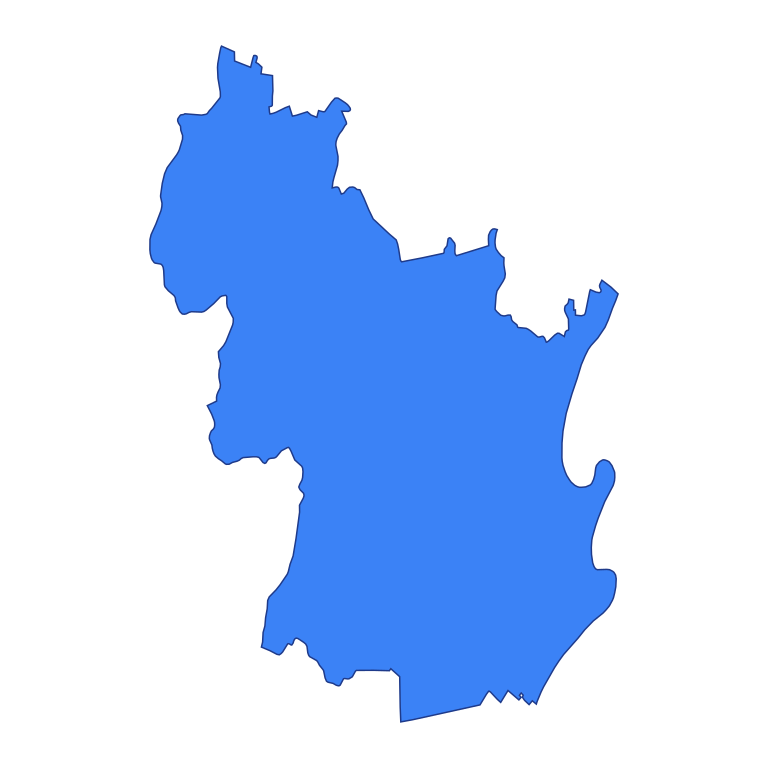 Vu Ban, Nam Định, Vietnam (Equal Earth projection)
{"feature_id": "81297802B77828019918781", "entity_name": "Vu Ban", "entity_type": "district", "adm_level": 2, "iso_a3": "VNM", "parent_name": "Vietnam", "parent_adm1": "Nam Định", "projection": "equal_earth", "projection_center": [106.09, 20.382], "detail": "fine", "context": "isolated", "style": "filled", "palette": "blue", "viewbox_px": 768, "rotation_deg": 0, "n_neighbors": 0, "source": "geoboundaries", "source_scale": "gbopen_adm2", "svg_char_len": 6104}
<svg xmlns="http://www.w3.org/2000/svg" viewBox="0 0 768 768"><path d="M175.6,300.9L178.0,307.7L179.3,310.6L180.3,312.1L182.3,314.0L184.5,314.2L186.3,313.8L189.0,312.4L191.4,311.7L201.6,312.1L203.9,311.5L206.1,310.1L213.7,303.6L220.3,296.8L222.2,295.9L225.8,295.3L226.3,295.8L226.8,296.8L226.8,303.4L227.4,307.0L233.3,318.3L233.2,322.3L232.6,325.0L225.9,341.7L223.6,345.6L218.4,351.7L218.8,357.4L220.5,363.6L220.2,366.9L219.2,370.1L218.9,374.4L219.0,377.6L220.4,384.7L220.1,387.9L218.0,392.1L216.9,395.0L216.5,397.4L216.6,401.1L207.3,405.6L211.7,414.2L214.2,420.7L214.6,422.5L214.7,425.0L214.4,427.3L213.3,429.1L211.4,430.9L210.5,432.7L209.5,435.7L209.3,438.4L209.6,439.8L211.9,445.0L212.3,448.3L213.0,451.1L214.0,453.8L215.4,456.1L218.4,458.7L221.6,460.8L225.2,463.8L226.3,464.3L229.2,464.2L232.5,462.4L237.1,461.2L239.3,460.2L241.1,458.6L243.1,457.6L252.9,456.8L256.5,456.8L258.6,457.3L259.3,457.8L263.0,462.5L264.8,463.4L266.0,462.8L267.5,460.3L268.9,458.9L270.2,458.4L274.2,458.0L275.7,457.4L276.8,456.4L281.4,450.8L287.2,447.7L288.5,447.4L289.5,448.3L291.1,451.3L294.8,460.0L301.7,466.2L302.6,468.0L303.0,471.7L302.6,477.5L301.9,480.3L299.8,484.2L298.8,487.0L299.5,488.7L300.3,490.0L303.5,493.2L303.9,494.4L304.0,495.9L303.3,498.1L299.5,505.2L299.6,512.1L296.0,538.7L293.1,556.0L290.1,564.2L288.3,571.7L287.3,574.2L280.0,584.9L276.1,589.8L269.3,596.8L267.7,600.4L267.2,608.9L265.6,617.7L264.9,626.0L263.1,632.5L262.6,642.1L261.4,647.1L269.8,650.6L276.9,654.3L279.3,654.8L281.2,653.5L282.7,651.9L287.6,644.0L288.0,643.7L289.2,643.8L291.2,645.0L291.8,645.0L293.2,642.9L293.6,641.3L294.6,639.1L296.1,638.1L297.9,638.5L303.8,642.4L305.7,644.0L307.0,646.4L307.8,652.8L308.6,655.1L309.6,656.6L316.7,660.6L317.9,662.2L319.5,665.3L322.9,669.5L323.6,670.6L325.1,677.9L326.5,681.2L328.0,682.2L333.1,683.4L336.2,685.2L338.3,685.8L339.3,685.7L340.2,685.1L343.5,678.8L344.5,678.5L347.7,678.9L349.0,678.8L352.3,676.8L355.5,671.1L356.4,670.4L373.6,670.3L389.4,670.7L390.8,668.7L399.7,676.7L400.2,707.2L400.8,721.9L412.3,719.8L480.0,704.9L486.5,694.1L488.6,691.3L489.0,691.1L490.5,692.0L497.4,699.4L500.7,702.4L508.0,690.5L518.9,699.9L521.1,697.3L519.4,695.3L521.2,693.0L523.2,695.2L522.4,697.2L524.6,700.4L529.1,704.6L532.3,700.8L536.3,704.1L537.1,701.5L541.1,691.9L543.6,686.8L554.5,667.7L558.9,661.0L563.6,654.5L577.9,638.3L584.8,629.7L593.3,620.9L603.1,613.0L606.2,609.7L609.4,605.8L612.4,600.3L613.5,597.6L614.7,592.8L615.8,586.8L616.2,578.8L615.6,575.1L614.0,572.4L612.7,571.3L609.6,569.7L606.7,569.4L597.3,569.7L595.5,568.8L594.0,566.5L592.7,562.8L591.5,554.5L591.3,547.5L591.8,540.1L592.4,537.0L595.6,525.7L598.2,518.1L604.7,501.7L613.1,485.6L613.6,484.1L614.5,480.8L614.8,477.3L614.7,472.8L614.4,471.5L612.0,465.7L609.3,462.0L607.5,460.9L605.4,460.1L603.8,459.8L602.5,460.0L599.5,461.8L596.5,465.4L595.7,468.0L594.8,475.1L593.6,479.4L591.8,483.3L590.4,484.9L585.7,486.9L581.3,487.3L579.5,487.3L577.4,486.7L574.7,485.3L571.2,482.2L569.5,479.9L566.8,475.6L565.1,471.7L563.0,465.3L562.2,461.1L561.9,457.6L562.0,443.0L563.0,431.0L566.2,413.4L572.0,393.7L577.1,378.6L581.3,364.7L585.1,355.7L588.3,349.3L591.1,345.4L597.7,338.1L605.0,327.3L608.3,319.9L612.5,308.2L615.7,300.6L618.1,293.9L611.1,287.2L601.9,280.2L599.9,284.3L599.5,285.8L599.8,287.4L601.1,290.2L601.0,291.2L600.5,292.1L599.3,292.7L596.0,292.1L590.3,289.7L589.7,291.5L585.6,311.9L585.0,313.8L584.1,315.0L581.4,315.8L575.5,315.2L575.4,309.9L573.8,310.1L573.6,300.3L569.0,299.1L568.2,302.8L567.3,304.1L565.1,306.1L564.6,308.7L564.7,310.6L565.4,312.6L568.4,318.9L568.7,328.9L568.4,330.1L566.7,330.6L565.4,331.9L564.3,336.5L559.1,333.3L557.5,333.2L554.8,335.0L548.9,340.7L547.3,341.9L546.3,342.2L544.5,337.9L543.1,336.4L542.1,336.3L539.1,337.1L537.7,336.9L530.9,331.1L528.4,329.4L526.2,328.3L518.1,327.5L517.6,327.0L517.0,324.9L512.9,321.6L512.0,320.4L511.6,319.6L511.1,316.6L510.3,315.1L508.0,315.1L505.0,315.9L503.3,315.9L500.7,315.2L496.8,311.6L495.2,309.6L495.1,308.7L496.1,295.3L497.0,291.0L503.1,281.2L504.8,277.8L505.3,273.9L504.0,265.7L503.8,262.9L504.0,257.8L501.2,255.7L498.4,252.5L496.2,249.2L495.5,247.1L495.0,242.9L495.1,239.8L496.1,233.2L497.3,229.6L494.7,228.9L492.9,229.0L491.5,230.0L490.2,231.6L488.6,235.2L488.4,239.3L488.7,245.7L456.4,255.7L455.4,254.4L455.0,253.4L454.8,250.8L455.1,245.4L454.6,243.2L450.6,238.1L449.3,237.8L448.1,238.8L447.0,245.8L444.3,249.3L444.1,252.4L443.5,253.3L422.0,257.9L401.7,261.8L400.9,261.0L400.3,259.6L398.7,249.3L397.6,244.0L396.2,239.9L389.5,234.2L373.2,219.0L368.8,209.9L363.8,197.9L359.9,189.8L357.0,189.5L354.7,187.6L352.8,187.0L349.5,187.3L347.2,189.1L343.8,193.2L341.3,194.0L338.9,188.2L338.4,187.6L337.5,187.1L336.0,187.0L332.2,187.9L332.9,181.9L334.0,177.4L337.5,165.2L338.0,160.6L338.0,156.4L335.9,145.8L335.8,144.3L336.1,141.5L337.2,138.1L339.3,134.0L342.2,130.2L345.0,125.5L346.5,123.9L346.3,122.1L341.7,111.2L348.4,111.4L349.9,110.6L350.4,109.7L350.2,108.2L348.9,106.3L347.5,104.6L345.1,102.7L338.2,98.2L336.8,98.0L335.0,98.2L331.5,102.1L324.9,111.5L324.0,111.8L322.5,111.6L318.6,110.6L316.8,117.3L311.0,115.0L307.3,111.8L296.3,115.3L292.4,116.1L289.3,106.2L285.3,107.7L276.2,112.2L273.2,113.3L270.0,114.0L269.5,112.2L269.0,106.9L271.4,106.2L272.1,105.6L272.3,105.1L272.4,96.1L272.9,90.9L272.5,75.6L261.0,73.8L261.9,67.2L258.4,63.9L255.9,62.4L257.1,58.1L257.1,56.9L256.6,56.0L255.0,55.4L253.8,55.6L253.1,57.5L250.6,67.3L234.6,61.0L234.4,51.9L221.5,46.1L220.8,47.7L219.6,53.3L217.8,63.6L217.5,67.5L218.0,78.3L220.3,91.9L220.4,96.4L220.0,97.8L211.8,108.1L209.4,110.6L207.3,113.6L206.0,114.3L201.6,115.1L184.9,113.8L183.6,114.5L180.8,114.9L180.0,115.6L178.0,118.5L177.7,119.5L177.7,121.0L178.6,123.3L180.5,126.2L180.8,130.2L182.6,135.5L182.5,139.2L179.3,149.9L178.3,152.0L176.8,154.6L167.2,167.6L164.6,173.7L162.3,183.2L160.6,195.3L160.6,196.9L162.0,203.1L161.9,206.1L161.5,208.4L161.0,210.6L155.9,224.0L151.1,234.6L150.0,239.4L149.9,249.8L150.3,253.7L151.4,258.1L152.2,259.9L154.1,262.5L155.1,263.1L160.4,264.0L161.3,264.4L162.4,265.6L163.2,267.5L163.7,270.6L164.4,284.8L165.0,286.8L168.3,290.7L174.0,295.5L175.3,297.7L175.6,300.9Z" fill="#3b82f6" stroke="#1e3a8a" stroke-width="1.5"/></svg>